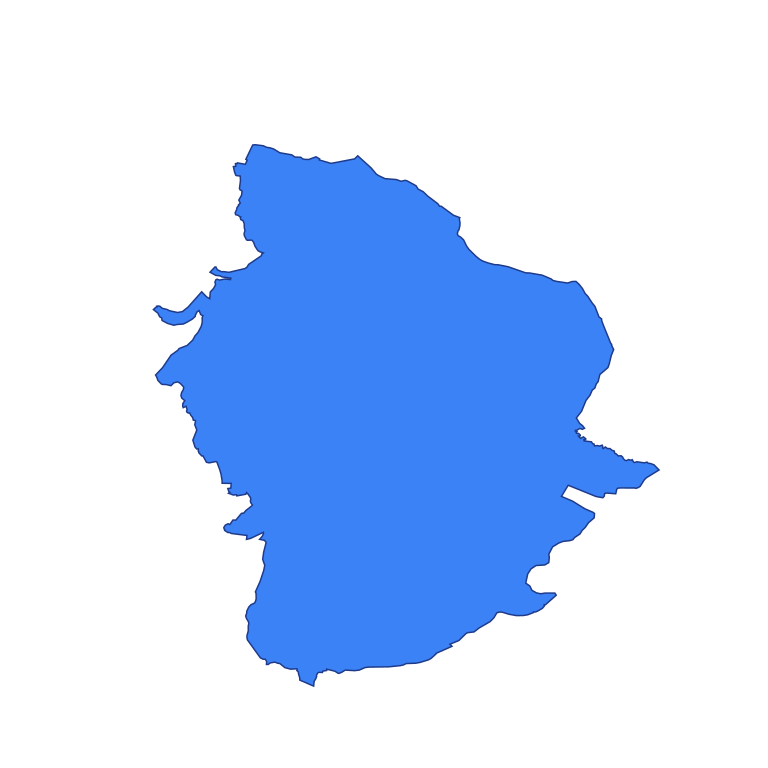 Baciu, Cluj, Romania (Natural Earth projection), rotated 337°
{"feature_id": "2599482B51271683564711", "entity_name": "Baciu", "entity_type": "district", "adm_level": 2, "iso_a3": "ROU", "parent_name": "Romania", "parent_adm1": "Cluj", "projection": "natural_earth1", "projection_center": [23.482, 46.828], "detail": "fine", "context": "isolated", "style": "filled", "palette": "blue", "viewbox_px": 768, "rotation_deg": 337, "n_neighbors": 0, "source": "geoboundaries", "source_scale": "gbopen_adm2", "svg_char_len": 6171}
<svg xmlns="http://www.w3.org/2000/svg" viewBox="0 0 768 768"><g transform="rotate(337 384 384)"><path d="M459.6,643.2L450.6,639.4L446.3,638.3L442.8,635.9L439.6,631.8L439.3,626.9L436.7,622.7L437.0,622.2L442.1,615.0L447.2,611.6L453.0,610.5L461.3,613.4L465.9,612.8L468.4,608.2L469.2,605.1L475.5,599.8L482.5,598.7L487.0,598.8L493.9,600.8L497.1,601.1L499.4,599.8L505.8,598.6L509.2,596.2L513.3,594.6L518.0,591.6L525.2,589.3L527.2,585.4L526.3,583.8L520.1,577.3L511.8,565.5L503.4,556.8L514.0,549.2L535.2,570.4L541.0,574.2L542.8,573.4L544.3,571.1L545.0,571.1L546.6,571.5L554.4,575.6L557.1,571.9L558.2,571.2L560.9,572.0L574.2,577.7L574.9,578.4L577.5,578.7L579.8,578.3L586.2,573.9L589.0,572.8L603.6,570.6L600.9,563.8L598.1,561.2L596.3,560.3L595.6,558.7L592.8,558.3L586.4,554.4L583.9,554.2L583.2,553.3L582.9,550.6L581.5,550.7L579.6,549.1L577.3,549.3L575.9,548.3L575.2,546.4L575.1,544.4L574.2,542.7L571.5,541.7L570.6,539.3L569.3,537.8L569.8,535.7L567.9,534.0L566.8,531.7L564.5,530.8L563.2,528.5L560.6,529.1L560.3,528.4L561.0,526.9L560.9,525.5L558.3,525.4L556.3,524.0L553.5,523.2L553.9,521.3L552.7,520.5L552.4,518.3L546.0,514.6L546.1,513.4L548.0,513.8L548.3,513.1L546.9,510.6L543.6,510.8L542.6,508.0L544.5,508.4L544.7,507.6L543.8,505.5L541.9,504.6L542.0,503.6L543.0,503.2L541.7,502.0L542.1,501.5L543.9,501.9L546.9,501.4L548.8,503.2L551.3,503.1L550.5,500.0L548.7,496.7L547.8,490.4L555.2,486.3L563.6,478.0L569.3,474.8L573.3,471.0L576.5,470.1L579.5,466.8L582.0,465.5L586.4,459.6L596.5,456.4L599.1,453.6L604.5,446.4L608.9,442.0L608.6,438.0L609.0,436.4L608.6,434.9L608.9,416.3L609.1,411.1L609.7,409.0L608.1,406.3L608.5,395.0L607.3,390.8L605.8,382.7L604.5,379.3L604.0,373.8L602.6,368.6L600.8,364.6L597.4,363.2L592.5,362.8L583.0,357.0L579.9,354.6L578.9,352.6L572.1,345.6L561.4,338.7L557.8,337.0L544.0,324.5L535.6,318.8L532.5,317.4L527.3,313.4L522.9,309.4L520.9,306.8L518.7,302.7L514.8,293.3L513.9,289.1L513.6,282.5L512.0,278.8L510.4,276.7L510.1,275.5L510.3,274.2L512.0,272.0L513.2,271.4L515.8,267.8L517.0,265.2L517.9,261.3L518.8,260.5L513.9,255.8L506.1,242.7L504.6,242.0L504.0,239.1L497.7,228.2L495.2,222.3L491.5,217.8L491.0,214.1L484.7,206.1L483.1,204.8L479.0,204.1L475.2,200.6L465.2,195.4L460.5,190.1L458.9,187.7L456.6,180.1L449.0,163.7L444.9,165.3L421.4,160.2L412.0,152.5L412.7,151.7L410.2,148.3L402.4,147.9L398.7,146.2L397.0,144.9L396.0,142.8L390.7,140.3L388.6,137.0L378.4,130.4L374.3,124.6L371.7,122.3L368.1,120.0L366.1,117.6L358.9,113.4L356.5,112.7L344.6,123.2L345.5,124.5L342.2,127.6L335.5,123.2L335.1,123.8L333.4,123.1L332.6,125.7L330.3,125.0L329.3,130.3L329.1,133.8L329.6,134.5L332.9,136.4L331.3,140.8L327.3,147.6L327.4,149.1L328.7,150.7L328.5,151.3L326.7,154.5L322.2,158.0L322.4,161.3L320.0,162.3L320.1,162.8L317.7,164.1L316.3,166.1L313.9,168.2L313.6,170.2L315.7,171.8L316.8,174.1L317.4,174.3L316.6,175.2L316.4,176.7L318.0,178.5L318.0,181.7L316.5,185.5L316.0,188.4L313.9,191.0L313.4,193.0L313.7,197.4L314.4,198.3L318.3,199.8L318.8,200.5L319.3,202.6L319.1,207.0L320.0,211.8L321.2,213.6L324.1,216.2L322.2,216.6L321.3,218.0L306.2,221.0L303.3,223.0L301.1,223.4L284.9,220.6L280.3,217.9L278.3,217.2L275.2,213.6L275.0,210.7L274.2,210.2L267.5,213.1L271.5,218.2L275.5,220.5L276.7,222.1L284.4,226.7L283.5,227.9L278.5,225.2L273.3,224.1L271.3,222.3L270.1,222.3L268.2,224.1L267.8,226.6L266.8,227.6L264.5,229.4L260.0,231.5L256.9,237.4L254.8,234.6L252.2,227.9L233.8,236.6L226.7,238.6L221.9,237.5L215.2,232.8L213.5,230.7L209.4,227.6L208.1,224.9L206.6,223.9L205.1,223.6L205.1,224.3L203.4,224.4L200.8,225.4L203.5,230.3L203.8,234.5L205.2,236.4L204.5,238.8L208.5,243.7L213.5,247.8L216.9,248.4L222.8,250.4L226.2,250.2L232.8,249.4L235.6,248.4L236.7,248.0L237.2,247.0L240.1,244.6L242.5,244.1L242.4,248.5L244.0,250.3L242.5,251.9L240.9,256.0L238.3,259.5L232.9,263.9L228.9,265.8L225.0,268.9L217.8,271.6L209.2,271.3L207.4,272.4L199.3,274.2L186.6,282.4L177.2,286.5L177.5,288.4L177.3,292.4L178.9,296.7L179.8,297.8L183.1,299.3L187.2,302.3L191.1,300.8L194.9,301.4L196.7,303.8L198.3,308.2L198.4,308.7L196.8,311.1L194.5,312.6L192.6,315.2L192.3,317.9L194.1,321.5L191.2,323.4L190.1,325.6L189.9,327.3L193.1,327.2L192.7,330.7L191.7,331.7L191.6,333.0L192.5,334.3L193.8,334.7L193.9,337.1L194.8,340.3L194.3,342.7L196.0,343.8L196.1,344.4L193.9,347.5L193.7,353.2L186.1,361.0L185.4,368.0L186.2,370.7L187.7,371.1L186.8,373.4L186.8,375.4L188.2,379.1L189.3,379.5L190.0,386.7L192.3,388.3L198.9,389.7L199.7,390.4L199.3,398.9L198.7,403.6L197.2,409.7L196.2,412.1L204.5,415.8L202.3,420.0L199.4,419.2L199.1,422.5L199.8,423.5L198.2,423.8L201.9,427.3L205.0,428.3L204.8,429.5L213.8,431.5L215.0,430.2L215.8,432.0L216.7,436.5L216.3,438.1L215.2,439.6L215.0,441.3L215.6,444.0L214.7,444.5L207.4,446.5L204.3,448.1L202.6,447.4L201.6,447.7L194.4,451.4L191.8,450.2L187.2,453.1L185.8,451.7L182.8,451.9L180.5,453.5L180.2,454.7L180.5,456.1L180.1,456.5L182.2,459.7L184.0,460.5L185.0,461.9L198.7,469.9L196.7,473.3L200.7,474.0L215.0,473.4L214.6,474.6L212.6,476.5L208.8,478.4L212.9,481.2L213.6,483.8L207.5,491.8L203.8,498.0L203.4,504.3L200.3,508.8L192.8,517.3L184.4,525.1L184.4,526.8L182.4,531.8L181.0,533.6L179.4,535.0L175.3,535.2L172.5,536.4L169.0,539.4L168.0,541.4L166.0,543.5L165.8,546.2L166.3,549.6L166.0,551.6L164.5,553.7L162.6,558.2L159.6,562.0L158.8,563.7L158.3,566.1L163.2,587.8L165.2,590.1L167.3,591.1L167.5,593.8L166.2,596.2L167.7,596.9L170.4,596.3L174.9,597.4L177.0,599.5L178.9,600.6L181.9,606.3L186.6,610.0L192.5,612.1L192.7,612.6L191.8,613.8L192.4,614.7L192.5,616.3L192.0,617.6L191.7,621.1L190.8,623.7L201.2,634.6L203.5,630.4L206.0,628.7L207.7,626.9L208.2,625.5L210.4,624.0L211.5,624.0L214.6,625.5L215.4,624.4L219.3,625.3L219.8,624.1L226.7,629.3L228.6,632.2L229.3,632.7L232.2,632.9L236.5,632.2L245.0,636.4L249.5,637.7L255.6,637.6L259.0,638.5L277.9,646.2L288.9,649.6L292.1,650.2L295.2,650.0L304.1,653.4L308.5,654.4L317.2,655.3L320.1,655.0L326.6,652.7L326.7,652.3L344.1,652.0L343.0,649.3L352.7,649.4L362.1,645.7L363.9,645.6L370.0,647.4L376.4,645.7L388.8,644.2L393.9,642.1L398.5,638.7L401.4,639.1L403.6,640.2L409.1,644.8L415.2,648.8L421.6,651.5L426.1,652.6L432.3,652.8L432.5,652.3L434.2,653.0L436.5,653.1L442.1,652.4L444.9,651.0L445.2,649.8L446.3,650.3L460.0,645.7L459.6,643.2Z" fill="#3b82f6" stroke="#1e3a8a" stroke-width="1.5"/></g></svg>